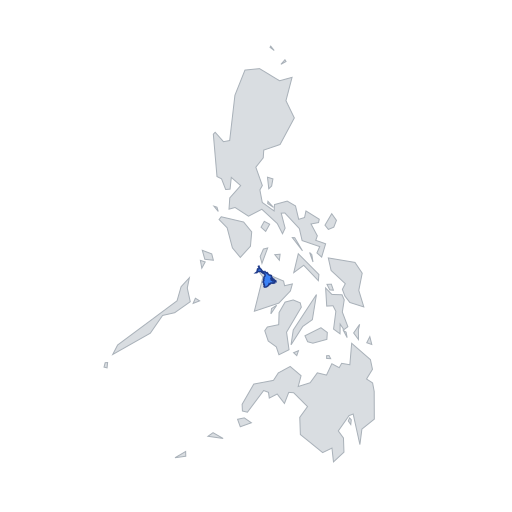 Aklan, Aklan, Philippines (highlighted), rotated 7°
{"feature_id": "2640588B21218366338371", "entity_name": "Aklan", "entity_type": "district", "adm_level": 2, "iso_a3": "PHL", "parent_name": "Philippines", "parent_adm1": "Aklan", "projection": "mercator", "projection_center": [122.331, 11.655], "detail": "fine", "context": "in_parent", "style": "filled", "palette": "blue", "viewbox_px": 512, "rotation_deg": 7, "n_neighbors": 0, "source": "geoboundaries", "source_scale": "gbopen_adm2", "svg_char_len": 7941}
<svg xmlns="http://www.w3.org/2000/svg" viewBox="0 0 512 512"><g transform="rotate(7 256 256)"><path d="M236.7,69.6L258.0,79.2L270.0,74.3L266.8,98.2L277.2,114.3L266.3,142.4L250.8,149.9L251.2,157.7L245.0,167.9L253.7,185.3L251.8,189.9L255.7,202.1L268.5,209.1L268.1,202.7L280.3,197.7L289.1,201.5L293.9,214.4L299.5,211.9L300.1,205.2L314.3,211.8L314.0,215.2L306.7,217.5L314.4,228.5L313.4,233.2L323.6,235.4L321.3,249.1L316.1,245.5L318.1,238.9L299.9,235.1L295.7,223.5L279.4,209.8L275.8,210.4L281.5,224.8L279.6,230.7L273.2,221.2L256.1,208.9L243.7,217.4L229.3,210.4L223.5,212.8L222.9,201.5L232.2,188.0L221.9,181.0L222.1,192.8L217.8,193.7L212.4,183.6L207.6,181.9L198.8,140.3L200.4,138.2L209.8,146.5L215.8,144.6L215.5,99.0L222.4,72.8L236.7,69.6ZM361.6,331.0L382.2,344.9L385.4,354.3L380.7,364.6L387.2,367.8L389.8,376.0L393.3,403.5L382.2,414.9L382.1,430.5L371.7,401.0L367.8,403.1L359.0,419.6L365.0,426.0L367.2,440.0L358.0,450.9L354.8,437.4L346.1,443.0L321.8,427.8L319.1,410.8L325.5,399.2L310.0,387.1L305.1,387.4L302.2,398.9L293.8,390.4L286.5,395.4L285.0,389.8L280.0,388.6L266.5,412.1L261.4,411.5L260.3,404.9L269.4,383.4L288.5,377.3L292.4,369.3L303.4,361.5L315.3,369.3L313.8,380.4L325.2,375.2L331.1,364.5L340.5,365.6L344.4,353.7L352.2,356.7L354.1,352.1L362.4,352.5L361.6,331.0ZM300.2,345.0L290.8,351.2L287.2,343.7L278.5,338.9L273.8,329.1L275.9,325.1L286.9,321.4L285.8,309.3L290.5,298.2L298.3,295.1L305.6,297.1L307.2,301.3L295.6,327.9L300.2,345.0ZM355.0,250.3L363.5,260.1L362.2,277.6L369.2,293.4L354.8,290.7L349.1,284.9L345.8,278.6L348.0,272.6L332.3,261.2L328.0,249.1L355.0,250.3ZM260.0,270.0L286.4,277.5L288.0,282.0L295.5,279.3L294.4,286.5L284.4,300.0L261.1,311.0L265.4,276.1L260.0,270.0ZM160.5,345.5L125.8,371.2L129.5,361.2L183.1,310.1L185.4,295.6L192.5,285.7L191.7,296.2L196.3,309.4L182.2,322.2L170.5,326.4L160.5,345.5ZM216.7,221.3L239.6,223.8L248.8,232.6L249.3,247.0L240.6,259.3L231.6,250.8L223.9,231.5L214.9,224.3L216.7,221.3ZM336.0,284.9L346.1,284.0L348.9,288.7L348.5,301.1L355.8,315.0L352.2,318.4L347.8,313.3L348.9,323.0L341.9,319.1L342.0,301.2L338.5,296.0L332.3,297.1L329.0,279.3L336.0,284.9ZM301.6,339.9L302.0,324.9L320.7,286.9L319.7,312.3L311.0,320.2L301.6,339.9ZM336.5,330.1L323.1,335.6L317.7,334.8L314.3,329.2L329.2,319.3L336.1,323.2L336.5,330.1ZM297.7,248.6L320.7,266.7L320.9,272.9L304.5,259.4L295.5,267.9L297.7,248.6ZM329.7,217.9L324.6,220.8L320.7,217.0L326.0,204.8L331.5,210.8L329.7,217.9ZM271.7,422.1L261.2,427.4L257.6,420.3L264.1,418.1L271.7,422.1ZM202.0,256.9L211.8,259.3L214.2,265.4L205.6,265.5L202.0,256.9ZM260.0,220.6L265.7,222.8L262.6,230.4L257.5,226.8L260.0,220.6ZM234.9,436.6L245.6,441.1L230.3,440.8L234.9,436.6ZM367.9,326.4L362.3,320.5L367.2,311.2L366.6,316.8L367.9,326.4ZM266.6,246.6L262.8,262.6L260.2,256.0L262.5,248.2L266.6,246.6ZM210.0,458.6L210.7,463.3L200.2,466.1L210.0,458.6ZM263.4,177.4L263.0,184.6L260.5,187.7L257.8,176.4L263.4,177.4ZM282.5,302.4L277.8,311.6L277.8,306.3L282.5,302.4ZM206.3,268.1L203.7,274.7L201.3,267.1L206.3,268.1ZM337.0,280.5L333.4,280.7L329.9,275.5L334.2,274.8L337.0,280.5ZM279.7,251.3L279.7,257.4L274.5,252.4L279.7,251.3ZM381.7,329.7L376.5,328.6L378.8,322.2L381.7,329.7ZM292.2,233.1L301.5,245.2L289.8,233.3L292.2,233.1ZM205.5,307.4L199.4,310.7L201.0,305.3L205.5,307.4ZM309.7,344.8L308.6,349.9L305.1,347.4L309.7,344.8ZM311.2,247.8L313.3,255.0L308.8,246.0L311.2,247.8ZM121.8,385.2L118.7,384.8L119.3,380.3L121.7,379.8L121.8,385.2ZM342.6,348.8L338.6,349.1L338.2,346.4L340.6,345.9L342.6,348.8ZM370.6,411.7L367.7,408.5L368.6,405.3L370.5,406.9L370.6,411.7ZM211.3,212.3L213.1,216.4L208.2,211.7L211.3,212.3ZM354.7,320.6L356.4,325.9L351.9,319.4L354.7,320.6ZM262.1,59.3L257.4,62.7L260.8,57.7L262.1,59.3ZM267.4,205.6L261.2,202.5L261.2,200.3L267.4,205.6ZM245.0,45.9L249.0,49.8L244.5,47.2L245.0,45.9Z" fill="#d9dde1" stroke="#a8b0b8" stroke-width="1"/><path d="M278.9,278.7L278.7,278.3L278.3,278.2L278.0,278.0L277.7,278.0L277.5,277.9L276.9,277.6L276.6,277.5L276.5,277.8L276.6,278.0L276.5,278.3L276.4,278.4L276.4,278.5L276.2,278.6L275.9,278.7L275.8,278.8L275.7,278.8L275.6,278.7L275.6,278.8L275.4,278.7L275.3,278.8L275.4,278.7L275.1,278.4L275.1,278.2L275.3,278.0L275.6,278.0L276.0,278.3L275.9,278.4L276.0,278.5L276.3,278.4L276.3,278.2L276.2,278.1L276.0,277.9L275.8,277.8L275.7,277.6L275.8,277.4L275.5,277.4L275.3,277.1L275.1,277.1L275.0,277.3L275.0,277.6L275.0,277.4L274.9,277.4L274.8,277.5L274.7,277.5L274.6,277.4L274.5,277.6L274.4,277.6L274.5,277.5L274.4,277.4L274.5,277.4L274.5,277.5L274.7,277.3L274.7,277.2L274.5,276.9L274.3,276.9L274.2,276.9L274.2,276.7L274.1,276.8L274.2,276.6L274.2,276.4L273.9,276.5L273.8,276.4L273.8,276.1L274.1,276.0L274.1,275.9L273.9,275.9L274.0,275.9L274.0,275.7L274.1,275.8L274.1,275.7L274.3,275.8L274.3,275.7L274.4,275.8L274.5,275.9L274.8,276.3L275.0,276.4L275.1,276.6L275.3,276.7L275.6,277.0L275.8,277.0L275.7,277.0L275.9,277.1L276.0,277.1L275.9,277.2L276.0,277.2L276.1,277.3L276.2,277.5L276.3,277.5L276.4,277.4L276.5,277.3L276.5,277.1L275.5,276.5L274.4,275.5L273.8,274.7L273.6,274.3L273.6,274.1L273.7,273.9L273.6,273.7L273.4,273.7L273.7,273.8L273.8,274.2L273.6,273.6L273.4,273.5L273.1,273.4L272.9,273.4L272.9,273.5L272.8,273.3L272.3,273.4L272.1,273.4L271.9,273.4L271.2,273.2L270.6,272.7L270.0,272.3L269.8,272.0L269.8,271.8L269.7,271.7L269.4,272.0L269.2,271.9L268.9,271.7L268.8,271.4L268.8,271.2L268.4,271.3L268.1,271.3L267.6,271.1L267.4,271.0L267.5,271.0L267.3,270.9L267.2,270.8L267.2,271.0L267.1,270.8L266.8,270.8L266.4,270.8L265.3,270.7L264.9,270.5L263.9,270.0L263.5,269.6L263.3,269.4L263.1,269.1L262.9,268.8L262.4,268.4L262.2,268.3L261.9,268.2L261.7,268.0L261.3,267.6L261.1,267.5L261.0,267.8L260.9,267.8L261.0,267.8L260.9,268.1L260.0,268.6L259.9,268.6L259.6,268.6L259.4,268.6L259.2,268.6L259.1,268.9L259.0,269.1L259.1,269.3L259.0,269.6L258.9,269.6L259.0,269.6L259.1,270.0L259.2,270.4L259.0,270.6L259.1,270.8L259.0,271.1L258.8,271.6L258.6,271.9L258.5,272.1L258.2,272.3L257.9,272.6L258.9,272.4L259.4,271.6L259.5,271.5L259.9,271.4L260.5,270.9L260.9,270.9L261.5,270.9L262.1,270.7L262.6,270.8L263.1,271.1L264.2,271.7L264.6,272.0L265.1,272.2L265.3,272.2L265.5,272.2L265.8,272.3L266.1,272.6L266.4,272.6L266.9,272.8L266.9,273.1L267.0,273.2L267.1,273.4L267.3,273.5L267.4,274.0L267.3,274.4L267.4,274.6L267.3,274.9L266.6,275.8L266.5,276.2L266.5,276.5L266.5,276.8L266.6,277.3L266.7,277.5L266.5,278.0L266.4,278.6L266.8,279.4L266.7,279.6L266.6,279.8L266.5,279.7L266.3,280.2L266.3,280.4L266.2,281.1L266.3,281.3L267.0,281.9L267.1,282.1L267.2,282.4L267.2,283.2L267.6,283.3L267.8,283.4L268.0,284.0L267.9,284.3L267.7,284.7L267.6,284.8L267.7,285.2L267.9,285.6L268.1,285.8L268.5,285.8L269.5,285.6L270.2,285.3L270.9,284.7L271.2,284.4L271.6,284.1L271.9,283.7L272.0,283.5L272.1,283.2L272.3,283.0L272.2,282.8L272.3,282.7L272.4,282.0L273.0,282.4L273.2,282.2L273.6,281.9L273.6,281.7L273.8,281.6L273.8,281.2L274.3,280.9L274.6,280.9L275.0,281.0L275.4,280.9L276.0,281.0L276.1,280.8L276.2,280.6L276.4,280.7L276.8,280.8L277.1,280.6L277.6,280.5L277.5,280.3L277.6,280.1L277.5,279.9L277.7,279.3L277.9,279.3L278.0,279.3L278.3,279.2L278.4,278.9L278.8,279.1L278.8,278.9L278.9,278.7ZM259.9,266.4L260.0,266.5L260.2,266.8L260.4,267.2L260.5,267.5L260.8,267.4L261.0,267.3L260.9,267.2L260.7,267.0L260.6,266.9L260.3,266.6L260.4,266.4L260.4,266.2L260.4,266.3L260.3,266.2L260.3,265.8L260.2,265.7L259.7,266.0L259.9,266.4ZM274.7,275.9L274.4,276.0L274.5,276.2L274.6,276.4L274.7,276.6L275.0,276.8L275.3,277.0L275.5,277.1L275.1,276.7L274.9,276.5L274.8,276.3L274.7,275.9ZM274.9,276.9L274.8,277.0L274.7,277.0L274.8,277.1L274.7,277.2L274.7,277.3L274.8,277.3L274.9,277.2L275.1,277.0L274.9,276.9ZM274.7,276.7L274.5,276.8L274.5,277.0L274.8,277.0L274.9,276.9L274.7,276.7ZM274.0,276.1L273.9,276.2L273.8,276.3L274.0,276.4L274.2,276.2L274.0,276.1ZM274.4,276.5L274.2,276.5L274.3,276.8L274.5,276.8L274.4,276.7L274.4,276.5ZM274.7,276.4L274.4,276.4L274.5,276.7L274.7,276.4ZM274.3,275.8L274.2,275.8L274.2,276.0L274.3,275.9L274.3,275.8ZM261.2,267.3L261.3,267.4L261.2,267.3L261.2,267.3Z" fill="#3b82f6" stroke="#1e3a8a" stroke-width="1.5"/></g></svg>